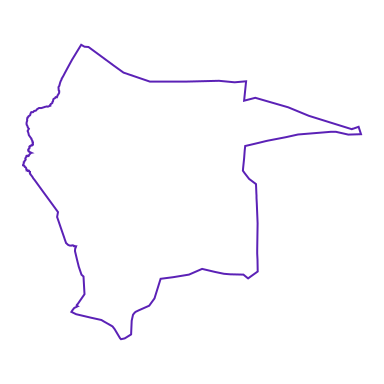 Tubbergen, Overijssel, Netherlands
{"feature_id": "6326949B58523414379719", "entity_name": "Tubbergen", "entity_type": "district", "adm_level": 2, "iso_a3": "NLD", "parent_name": "Netherlands", "parent_adm1": "Overijssel", "projection": "orthographic", "projection_center": [6.747, 52.404], "detail": "fine", "context": "isolated", "style": "outline", "palette": "violet", "viewbox_px": 384, "rotation_deg": 0, "n_neighbors": 0, "source": "geoboundaries", "source_scale": "gbopen_adm2", "svg_char_len": 5101}
<svg xmlns="http://www.w3.org/2000/svg" viewBox="0 0 384 384"><path d="M76.1,314.2L91.0,317.7L101.4,320.0L103.9,321.5L112.5,326.4L114.6,329.1L120.1,338.3L121.0,339.2L124.7,338.4L131.0,334.5L131.1,334.4L131.7,320.7L133.0,314.8L134.2,313.2L135.5,311.9L138.6,310.4L149.2,305.7L152.1,301.7L154.5,298.4L160.6,278.8L173.1,277.2L189.0,274.6L202.1,268.9L215.3,272.0L224.0,273.8L230.2,274.3L242.7,274.6L243.4,274.6L247.8,278.2L248.1,278.4L250.7,276.5L257.7,271.5L257.5,259.6L257.2,253.6L257.2,250.4L257.3,243.2L257.6,223.3L256.8,203.6L256.5,197.9L256.5,197.7L256.5,195.4L256.4,194.0L256.0,184.1L249.1,178.9L244.6,173.1L242.9,170.7L243.1,168.2L244.1,158.5L244.7,150.6L245.2,146.0L250.0,144.9L259.3,142.7L265.8,141.1L268.1,140.6L275.4,139.2L285.8,137.2L298.0,134.5L304.1,134.0L321.3,132.6L330.8,131.8L335.9,131.8L348.3,134.6L361.0,134.2L358.6,126.8L352.6,128.9L352.4,128.8L351.8,129.2L308.8,115.8L288.2,107.3L255.3,97.8L244.1,100.7L246.1,81.3L234.6,82.3L219.0,80.8L186.0,81.6L169.1,81.6L159.0,81.6L149.9,81.6L123.5,72.6L113.9,65.7L88.5,47.0L84.5,46.7L81.2,44.8L77.5,50.8L72.0,59.8L67.0,69.0L64.8,73.1L63.3,76.0L62.6,77.1L62.5,77.5L61.7,78.5L61.7,78.8L61.7,79.0L61.5,79.6L60.7,81.1L60.3,82.2L60.0,83.1L59.8,83.9L59.7,84.4L59.5,84.9L59.4,85.7L59.3,85.8L58.5,87.1L58.5,87.3L58.5,87.6L58.6,88.7L58.7,90.3L59.2,90.9L59.3,91.1L59.1,91.7L59.1,92.0L59.2,92.4L59.2,92.6L59.1,93.0L58.7,93.6L58.5,93.9L58.4,94.3L57.9,95.0L57.6,95.3L57.5,95.5L57.2,96.7L57.0,97.1L56.9,97.1L56.8,97.3L56.0,97.1L55.7,97.1L55.4,97.4L55.2,97.9L55.0,98.1L54.9,98.2L54.5,98.4L54.0,98.7L53.6,98.9L53.5,99.0L53.3,99.5L53.2,100.0L53.1,100.4L53.1,101.0L52.8,101.6L52.4,102.0L52.4,102.5L52.3,103.0L51.9,103.3L51.4,103.7L50.8,104.0L50.7,104.2L50.1,105.0L50.4,105.7L50.2,105.8L48.3,106.4L48.1,106.6L47.9,106.7L47.7,106.7L47.2,106.5L46.9,106.4L46.3,106.6L44.8,106.9L44.4,107.1L43.4,107.4L42.2,107.8L41.4,108.0L41.0,108.1L40.8,108.1L40.2,108.0L39.9,108.0L39.0,108.0L38.7,108.2L38.4,108.4L38.2,108.6L37.6,108.8L37.2,109.1L36.8,109.5L36.6,109.8L36.4,110.1L36.0,110.5L35.9,110.6L35.2,110.8L34.3,110.9L33.9,111.2L33.1,112.1L32.9,112.2L32.6,112.2L31.5,112.1L31.2,112.2L31.1,112.4L30.9,112.9L30.6,113.3L30.5,113.6L30.4,114.1L30.3,114.8L30.0,115.3L29.7,115.5L29.4,115.7L29.1,115.9L28.5,116.3L28.5,116.6L28.4,116.8L28.2,117.0L27.8,117.2L27.6,117.4L27.5,117.5L27.6,117.8L27.6,118.0L27.3,118.3L27.2,118.8L27.1,119.0L27.1,119.4L27.1,119.8L27.2,120.7L26.9,121.3L26.9,121.5L26.8,121.9L26.6,122.4L26.6,122.7L26.6,123.1L26.6,123.4L26.5,123.7L26.5,124.0L26.7,124.4L26.7,124.8L27.0,125.3L27.3,125.8L27.6,126.4L27.6,126.6L27.6,126.8L27.9,127.5L28.0,127.7L28.9,128.8L28.4,129.5L28.2,130.0L27.7,130.7L27.7,130.8L27.7,131.1L27.7,131.3L28.0,131.8L28.5,133.4L28.8,135.0L29.2,135.6L30.9,138.0L31.3,138.4L31.5,138.8L31.4,139.2L32.2,140.5L32.3,140.7L32.5,141.1L32.3,141.5L32.4,141.8L32.6,142.2L33.0,142.4L33.0,142.5L32.9,142.7L32.8,143.0L32.7,143.1L32.9,143.3L32.9,143.9L33.0,144.2L33.0,144.5L32.9,144.8L32.7,145.0L32.0,145.1L31.9,145.2L31.8,145.5L31.4,145.5L31.2,145.3L30.8,145.6L30.5,145.9L30.4,146.0L30.3,146.3L30.2,146.4L29.9,146.1L29.7,146.2L29.6,146.4L29.6,146.5L29.7,146.8L29.6,147.0L29.4,147.1L29.5,147.3L29.4,147.6L29.4,147.8L29.5,148.1L29.4,148.4L29.1,148.5L28.9,148.7L28.7,148.8L28.6,149.2L28.5,149.4L28.3,149.6L28.2,149.7L28.2,149.8L28.3,149.8L28.5,150.1L28.6,150.3L28.3,150.8L28.6,151.4L29.7,152.0L31.4,152.8L30.9,152.9L30.8,153.0L30.6,153.3L30.2,153.6L30.0,153.9L29.7,154.2L29.5,154.5L29.2,154.8L29.0,155.1L28.9,155.3L28.9,155.6L28.7,155.9L28.6,156.0L28.3,156.0L28.2,156.1L27.9,156.1L27.8,155.9L27.6,155.9L27.5,156.0L27.2,155.9L27.2,155.7L26.9,155.7L26.6,155.8L26.7,156.4L26.6,156.5L26.3,156.9L26.0,157.1L25.9,157.3L25.5,158.1L25.4,158.2L25.3,158.4L25.3,158.6L25.4,158.9L25.7,159.3L25.7,159.5L25.3,160.2L25.0,160.5L24.8,160.6L24.6,160.8L24.4,161.7L24.3,161.8L24.2,161.8L23.7,162.2L23.8,162.6L23.8,162.8L23.7,163.7L23.5,163.9L23.4,164.2L23.2,164.5L23.2,164.8L23.0,165.1L23.0,165.3L23.2,165.5L23.7,165.6L23.8,165.7L24.1,165.7L24.7,166.3L24.8,166.9L25.4,167.2L25.8,167.5L26.0,167.8L26.1,168.1L26.3,168.4L26.2,169.1L26.4,169.3L26.6,170.0L26.6,170.3L27.2,170.2L27.6,170.2L27.7,170.4L27.8,170.5L28.0,170.5L28.5,170.6L28.2,171.1L28.6,171.2L28.8,171.2L29.3,171.3L29.6,171.6L29.7,171.8L29.9,172.0L30.0,172.0L30.0,172.5L29.9,172.7L29.9,172.9L29.9,173.2L29.9,173.5L30.1,173.7L30.3,174.2L30.5,174.2L30.9,174.9L32.0,176.3L32.4,176.9L32.7,177.3L33.2,178.3L33.3,178.4L34.6,180.0L42.8,191.3L50.7,202.1L58.0,212.1L57.1,217.0L57.6,218.4L60.6,227.2L62.5,232.7L64.3,237.9L64.6,238.9L66.1,243.1L66.4,243.3L68.1,244.9L68.4,245.0L69.5,245.5L70.5,245.6L71.5,245.6L71.8,245.5L72.1,245.3L72.7,245.3L72.8,245.3L73.0,245.3L73.7,246.1L73.9,246.1L74.7,245.9L74.8,246.0L74.8,246.3L75.5,246.3L76.0,246.3L75.9,246.5L76.0,246.8L75.1,248.9L75.1,249.6L75.0,250.7L75.0,251.2L75.7,254.1L77.0,259.6L78.6,266.0L78.7,266.5L81.5,274.7L83.5,276.5L84.5,294.2L77.8,303.9L77.6,304.1L77.1,304.6L76.7,305.2L77.3,305.8L77.4,306.2L77.6,306.3L77.2,306.5L76.8,306.7L76.2,307.0L75.9,307.2L75.5,307.4L74.7,307.7L74.4,307.9L74.2,308.0L72.6,310.0L71.4,311.9L76.1,314.2Z" fill="none" stroke="#5b21b6" stroke-width="2"/></svg>